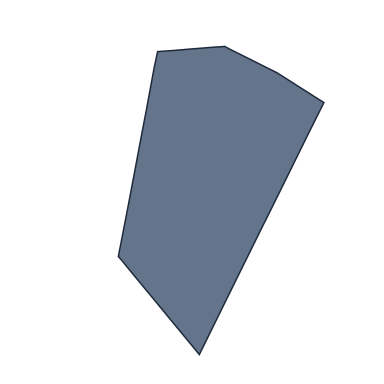 the district of Saku, Eastern, Kenya, rotated 203°
{"feature_id": "3690345B97968692323011", "entity_name": "Saku", "entity_type": "district", "adm_level": 2, "iso_a3": "KEN", "parent_name": "Kenya", "parent_adm1": "Eastern", "projection": "equal_earth", "projection_center": [37.99, 2.373], "detail": "fine", "context": "isolated", "style": "filled", "palette": "slate", "viewbox_px": 384, "rotation_deg": 203, "n_neighbors": 0, "source": "geoboundaries", "source_scale": "gbopen_adm2", "svg_char_len": 585}
<svg xmlns="http://www.w3.org/2000/svg" viewBox="0 0 384 384"><g transform="rotate(203 192 192)"><path d="M261.7,229.3L252.6,187.7L252.3,186.4L244.1,148.6L234.6,103.8L230.1,101.7L219.6,96.1L179.9,75.5L179.5,75.3L164.2,67.3L121.7,45.2L119.5,85.2L115.1,162.6L113.4,192.3L113.3,192.8L110.3,244.1L110.3,244.5L110.2,246.2L107.6,292.4L105.5,325.8L158.2,334.6L159.7,334.9L213.8,338.3L218.6,338.8L227.6,334.3L253.7,320.7L254.0,320.5L262.9,315.8L278.5,307.8L275.6,292.7L275.4,291.7L266.7,252.5L266.5,251.8L266.3,250.9L261.7,229.3Z" fill="#64748b" stroke="#1e293b" stroke-width="1.5"/></g></svg>